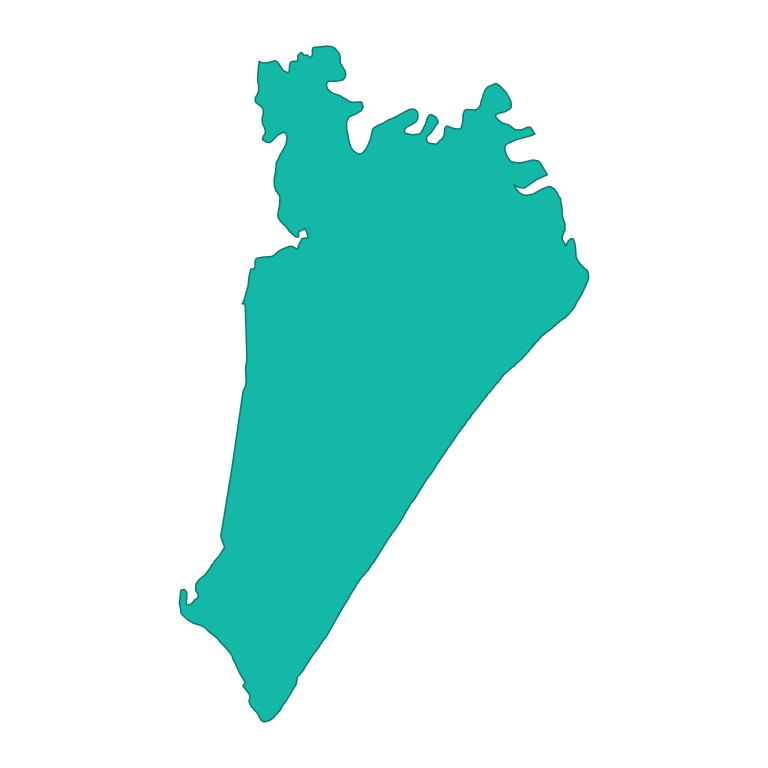 Maquival, Zambezia, Mozambique
{"feature_id": "85939544B65123265698186", "entity_name": "Maquival", "entity_type": "district", "adm_level": 2, "iso_a3": "MOZ", "parent_name": "Mozambique", "parent_adm1": "Zambezia", "projection": "robinson", "projection_center": [37.054, -17.825], "detail": "fine", "context": "isolated", "style": "filled", "palette": "teal", "viewbox_px": 768, "rotation_deg": 0, "n_neighbors": 0, "source": "geoboundaries", "source_scale": "gbopen_adm2", "svg_char_len": 6070}
<svg xmlns="http://www.w3.org/2000/svg" viewBox="0 0 768 768"><path d="M179.3,603.0L180.7,609.6L180.6,611.9L181.8,614.2L183.8,616.3L188.4,620.3L193.4,623.2L201.9,625.8L205.2,627.9L208.8,631.6L216.9,637.9L220.3,642.3L221.6,643.1L222.3,644.6L223.4,645.0L230.8,653.8L232.1,656.2L233.7,660.9L234.5,661.9L239.9,673.5L245.2,682.4L243.0,686.1L249.3,694.2L249.9,696.7L249.0,701.9L250.1,704.3L251.4,706.7L257.3,713.2L260.9,719.9L262.8,721.5L265.0,721.9L269.5,720.5L273.2,718.0L276.9,713.6L278.1,712.9L278.5,711.8L279.7,711.0L282.2,706.3L284.4,703.0L285.4,702.2L296.2,684.2L297.5,677.3L298.1,676.2L299.2,675.4L300.8,672.8L301.6,672.5L304.0,669.1L304.5,667.8L314.1,653.2L315.9,651.3L316.2,650.2L317.4,649.3L323.9,639.3L325.0,638.4L326.7,635.9L345.0,603.8L345.9,602.9L349.2,597.2L350.2,594.9L352.4,591.7L352.7,590.5L353.6,590.0L356.9,584.2L362.4,576.3L363.4,575.8L366.7,571.5L367.9,570.6L372.3,563.7L373.4,562.8L389.3,537.2L391.1,535.2L391.4,534.0L395.1,529.6L395.4,528.6L396.3,528.0L398.3,524.3L399.1,523.7L410.9,503.5L414.4,499.2L426.0,480.4L433.0,470.9L437.7,462.9L438.6,462.3L439.1,460.8L440.2,460.0L440.6,458.5L441.7,457.8L443.6,454.3L444.6,453.6L444.9,452.2L445.8,451.6L448.4,447.2L450.9,444.3L451.4,442.9L453.8,440.1L458.6,432.4L459.7,431.7L461.7,428.3L464.8,424.9L466.1,422.4L468.7,418.9L469.6,418.4L471.6,415.0L480.6,403.7L481.0,402.5L482.1,401.8L484.6,398.1L485.6,397.4L486.1,396.1L487.0,395.6L487.3,394.6L491.1,390.7L491.7,389.4L492.6,388.9L493.2,387.5L494.2,386.8L494.9,385.4L497.5,382.9L499.8,379.6L500.8,379.1L501.1,378.0L504.8,373.7L513.7,366.1L514.8,365.7L515.2,364.7L522.8,357.9L524.7,355.2L526.0,354.5L527.4,352.3L528.4,351.8L530.3,348.9L531.3,348.4L531.8,347.1L533.0,346.3L533.6,344.9L534.6,344.4L535.1,343.3L536.1,342.7L536.7,341.5L537.7,341.0L541.2,336.7L544.2,334.0L552.7,327.7L553.3,326.8L554.6,326.2L555.2,325.0L556.5,324.4L557.2,323.2L559.2,322.2L559.9,321.1L565.5,317.4L569.8,313.1L570.2,312.0L571.2,311.4L574.3,307.4L577.1,301.8L581.4,294.9L586.7,283.5L588.7,278.0L588.2,272.5L586.9,270.0L584.8,268.7L579.9,263.7L576.8,258.8L576.1,256.4L575.5,247.1L574.6,242.6L573.1,238.7L570.6,239.0L569.5,239.8L567.6,242.1L565.7,245.7L562.3,239.5L562.1,236.8L564.9,229.9L565.0,224.2L562.3,215.7L562.0,208.8L561.4,203.9L560.7,201.7L560.5,198.2L559.3,197.7L557.3,193.1L554.3,188.8L549.7,186.4L547.5,186.9L541.9,189.1L533.4,193.9L529.1,195.0L525.4,195.3L522.9,194.8L519.4,192.7L516.2,189.0L514.1,185.3L513.5,184.1L514.1,184.9L518.2,187.3L523.3,188.1L525.1,187.7L536.3,179.7L547.4,174.7L539.9,162.3L537.9,160.8L532.7,160.0L523.9,162.2L519.6,162.8L514.8,162.6L511.4,161.5L510.2,160.7L507.0,156.6L504.8,149.6L504.9,146.9L506.0,144.4L516.2,139.7L531.0,135.7L534.8,133.9L530.7,127.5L528.7,127.0L526.3,127.6L522.8,129.5L520.5,129.9L515.3,129.8L508.7,124.9L502.0,122.9L497.6,119.3L496.9,118.0L495.6,117.6L496.0,114.6L497.0,113.8L504.9,111.8L510.3,108.7L511.0,107.5L511.3,104.8L510.8,101.1L506.3,92.6L499.7,85.7L496.5,83.7L494.4,83.9L487.4,87.2L485.0,90.2L483.0,95.3L483.0,96.4L481.4,100.6L480.4,104.9L479.3,107.0L477.5,109.0L475.1,110.0L466.3,109.5L464.2,111.1L463.0,114.9L462.9,120.2L461.9,125.9L460.9,128.2L459.6,129.1L457.4,129.0L453.7,128.5L447.4,126.1L446.4,126.4L445.2,127.3L444.8,128.3L444.3,134.4L442.8,137.9L442.1,139.1L440.0,140.3L439.6,141.2L435.7,144.5L434.1,143.8L430.6,143.6L428.2,142.7L427.1,141.7L426.4,139.3L427.2,136.2L431.3,132.5L436.8,124.2L437.9,123.3L438.0,121.0L436.2,117.4L432.1,114.9L431.0,114.5L428.8,115.5L427.5,117.7L425.4,124.2L423.0,129.0L421.1,132.6L419.0,134.2L412.1,134.8L405.9,133.4L404.3,132.1L404.8,128.9L405.6,128.5L406.3,127.2L413.4,123.7L416.5,121.2L417.6,118.9L418.0,116.3L417.7,112.8L416.9,111.4L414.6,109.3L412.2,109.1L408.6,109.8L394.4,117.5L391.1,119.1L388.9,119.6L383.2,123.2L377.1,125.8L373.6,128.1L372.2,130.7L370.5,139.3L366.3,148.6L362.6,152.9L360.3,154.0L358.0,154.0L353.4,150.8L350.8,147.1L349.3,142.3L346.6,128.7L346.6,121.9L348.8,117.1L356.9,113.4L361.4,110.5L363.2,106.9L362.2,103.3L361.5,102.2L360.5,101.9L352.8,102.4L349.7,101.6L339.9,95.6L333.1,93.4L329.7,91.1L327.1,88.2L326.5,84.6L326.8,83.3L328.4,81.3L336.3,81.2L343.0,79.9L344.8,77.7L345.8,75.2L345.2,71.2L340.3,62.9L340.1,56.5L339.1,53.2L334.6,48.0L331.5,46.6L327.0,46.1L313.2,47.5L312.3,50.1L312.4,54.1L311.7,56.8L310.6,57.4L309.4,57.0L307.4,55.2L306.3,55.0L305.4,55.5L303.6,55.0L302.1,52.8L301.0,52.6L300.0,53.2L297.9,55.5L297.7,61.0L292.6,61.4L290.4,62.4L289.6,64.9L289.2,71.2L288.6,72.3L287.6,72.6L284.1,71.0L282.2,69.1L278.6,63.3L276.3,61.2L275.0,60.8L265.7,63.1L262.2,62.7L259.4,61.5L258.7,64.1L257.6,78.4L257.8,81.9L258.6,84.6L258.5,91.3L257.5,94.0L255.5,97.4L255.0,100.0L256.0,102.6L261.7,106.9L263.1,109.4L263.4,113.1L262.2,117.9L262.2,121.8L262.8,124.3L264.7,128.1L265.4,131.6L265.2,133.1L263.1,136.8L262.5,139.1L263.0,140.0L266.4,142.2L269.7,142.6L271.6,141.3L277.5,135.4L283.3,132.2L285.6,133.2L287.1,137.0L286.3,143.0L284.5,147.4L279.8,155.3L278.5,158.8L276.3,162.4L275.6,171.7L274.1,179.5L274.5,186.9L276.5,191.6L277.3,192.0L277.7,193.3L279.4,195.6L279.9,198.3L279.6,205.4L278.2,211.5L277.9,215.4L278.3,217.9L280.6,221.4L281.4,221.8L283.5,224.6L285.5,226.0L289.2,231.1L294.9,236.3L297.9,237.3L298.8,234.8L298.4,232.0L305.0,228.6L306.7,231.9L308.1,237.9L303.0,238.3L301.8,239.1L298.2,246.0L298.8,246.9L296.8,248.9L295.5,248.6L294.8,247.7L292.3,246.5L289.4,246.4L281.8,249.3L278.9,250.9L273.3,255.8L270.9,256.6L262.2,257.2L256.7,258.4L255.6,259.4L254.9,262.0L255.3,266.0L255.0,267.1L254.2,268.4L253.3,268.9L250.7,269.2L249.0,276.8L248.0,286.2L243.8,300.9L242.4,303.7L244.4,303.8L245.3,306.0L246.9,358.5L246.4,363.3L245.6,367.1L246.1,382.0L245.4,386.7L243.1,391.1L231.9,468.4L221.5,532.1L221.0,533.4L220.9,535.9L221.6,539.3L223.9,545.1L224.4,547.6L218.7,556.6L214.5,561.2L212.8,564.1L211.7,565.0L210.6,567.3L204.7,575.6L203.5,576.0L199.4,579.4L196.6,582.9L195.9,584.7L195.7,589.5L196.0,590.8L198.2,594.6L198.2,596.8L197.6,598.1L194.3,600.2L192.8,602.4L189.8,604.9L186.6,604.9L186.3,601.8L186.9,596.2L186.6,592.6L185.4,590.2L184.3,589.6L182.1,589.7L181.1,590.1L180.4,592.8L180.1,598.4L179.3,603.0Z" fill="#14b8a6" stroke="#0f766e" stroke-width="1.5"/></svg>